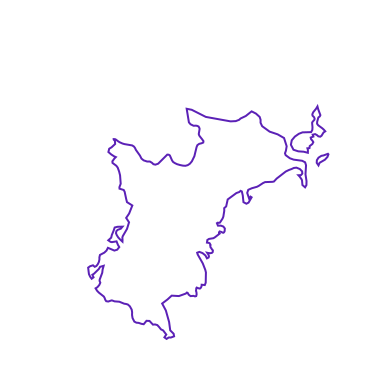 outline of Yamaguchi, rotated 303°
{"feature_id": "JPN-1826", "entity_name": "Yamaguchi", "entity_type": "Prefecture", "adm_level": 1, "iso_a3": "JPN", "parent_name": "Japan", "parent_adm1": "", "projection": "robinson", "projection_center": [131.623, 34.219], "detail": "fine", "context": "isolated", "style": "outline", "palette": "violet", "viewbox_px": 384, "rotation_deg": 303, "n_neighbors": 0, "source": "natural_earth", "source_scale": "10m", "svg_char_len": 4752}
<svg xmlns="http://www.w3.org/2000/svg" viewBox="0 0 384 384"><g transform="rotate(303 192 192)"><path d="M292.1,198.1L292.6,202.9L291.8,207.9L289.9,210.2L287.4,211.8L285.4,215.0L284.9,224.2L287.0,232.4L287.4,239.8L281.9,246.5L277.7,248.3L275.1,248.9L273.9,250.5L273.6,255.7L274.5,259.6L278.2,267.4L278.5,270.7L276.5,273.1L268.7,277.5L263.5,282.1L260.1,284.2L257.5,284.3L258.0,280.8L261.7,277.9L262.3,277.0L263.6,273.8L264.0,272.1L265.5,274.2L267.5,274.5L269.3,273.1L270.0,270.0L269.3,266.3L267.6,264.3L265.5,263.0L263.4,261.4L260.3,259.5L249.4,255.7L245.4,255.0L244.4,254.0L240.1,247.9L238.2,246.7L233.4,244.6L231.7,243.6L227.7,240.1L224.5,238.0L221.3,238.8L217.5,243.6L220.0,243.6L220.0,244.9L213.9,245.2L211.8,244.0L211.5,240.7L216.7,236.5L219.6,233.5L219.4,232.1L217.8,231.7L215.3,229.8L205.2,226.0L198.5,228.5L196.0,227.8L193.8,229.3L188.4,231.7L186.4,232.1L181.6,232.1L180.8,231.4L180.2,230.2L179.4,229.9L177.9,232.1L179.5,234.5L180.1,237.1L179.3,239.4L176.9,240.7L175.6,240.8L174.9,240.5L174.6,239.8L174.5,238.5L174.0,236.7L172.9,236.6L172.0,237.2L172.0,237.8L166.5,235.9L164.9,235.1L161.9,231.8L160.1,231.0L157.7,232.1L158.5,233.8L158.6,234.8L157.7,236.4L157.2,236.3L155.6,237.8L155.3,239.1L154.7,239.9L154.7,240.6L154.3,241.4L152.8,242.1L151.7,241.8L150.6,240.6L149.8,239.1L149.3,237.8L148.4,239.9L147.4,241.2L146.1,241.6L144.5,240.7L146.1,237.8L146.5,234.1L145.8,230.8L143.9,229.4L142.7,230.8L138.0,239.9L133.9,245.6L132.1,247.5L123.4,252.9L120.9,253.4L119.5,250.6L118.2,251.3L116.7,251.6L115.3,251.2L114.8,249.9L114.4,248.0L113.6,248.0L112.4,248.7L111.2,249.2L110.9,249.7L109.9,250.7L108.5,251.7L107.0,252.2L106.1,251.4L105.7,249.8L103.9,247.5L104.1,245.1L105.0,243.4L104.9,242.5L103.4,242.1L97.6,237.7L94.0,231.4L88.6,230.0L82.2,227.7L78.4,234.6L70.5,243.6L64.1,249.1L63.1,253.8L61.2,255.6L58.4,253.5L57.4,251.8L54.9,250.6L55.1,248.0L58.4,248.1L60.2,243.2L59.9,240.8L60.9,237.8L61.5,235.4L60.8,233.1L59.5,231.5L60.7,226.6L59.2,224.0L54.8,223.5L53.9,221.4L53.2,218.6L52.1,216.5L51.9,214.2L53.9,210.8L56.2,208.7L58.5,207.3L60.5,205.5L62.3,202.1L62.7,199.4L62.1,197.5L61.4,196.0L60.4,190.8L58.1,186.6L57.6,184.3L57.2,183.5L54.5,181.4L53.7,179.5L54.4,177.9L55.5,176.5L56.3,175.0L56.9,168.6L57.5,166.1L58.7,163.6L60.6,164.5L63.5,164.9L66.0,164.5L67.1,162.9L68.2,162.3L75.4,160.7L78.2,159.3L82.0,158.1L79.2,155.7L76.7,155.8L70.0,154.3L68.3,153.5L67.2,155.3L66.8,155.9L64.6,155.1L65.5,152.7L67.0,150.3L69.0,148.6L72.0,146.1L74.3,147.0L76.6,148.9L76.3,151.2L77.8,152.1L80.1,152.3L82.6,152.0L85.0,151.1L86.8,149.9L89.1,149.1L93.4,151.5L96.3,152.2L99.4,151.9L100.6,158.8L102.9,160.7L106.2,161.0L107.3,158.7L109.5,155.6L106.3,152.1L105.8,150.8L105.9,148.1L109.7,149.1L112.2,148.2L117.0,147.3L120.1,146.5L122.2,148.4L125.1,152.6L122.5,152.3L119.8,150.3L118.1,149.9L116.1,150.6L114.8,152.5L113.7,154.9L113.0,157.7L112.5,160.7L113.7,160.0L115.9,158.4L117.2,158.0L125.6,157.6L132.3,155.7L134.4,150.9L139.7,151.0L148.2,149.3L148.1,143.0L150.3,140.6L155.5,135.4L156.5,133.6L155.3,129.4L156.5,128.5L160.1,127.7L166.8,122.6L169.5,119.7L172.0,116.4L172.8,114.2L173.1,109.5L174.4,108.5L178.0,108.7L179.8,109.1L179.5,107.2L179.5,103.8L180.0,100.1L183.2,99.0L185.7,100.2L190.4,101.4L192.9,99.5L193.3,97.8L193.7,97.5L194.4,98.7L194.5,99.6L194.3,102.4L194.3,104.1L194.8,107.3L195.4,109.3L198.5,116.5L198.5,118.6L197.8,120.4L196.8,121.9L194.2,128.5L192.5,131.4L192.2,134.2L193.1,137.7L194.6,140.1L194.7,142.5L194.3,144.5L195.0,146.4L197.3,148.2L209.9,150.9L210.6,152.2L210.6,153.5L207.6,158.1L206.9,159.8L206.9,161.9L207.2,164.3L208.1,167.3L209.2,170.1L210.4,172.2L212.2,173.8L214.5,174.8L217.6,175.2L223.3,174.5L232.1,171.4L234.2,171.0L236.3,171.8L238.1,173.5L239.6,174.5L240.9,173.9L241.8,171.6L243.0,168.0L243.6,166.9L244.3,166.1L249.1,164.0L249.9,163.0L250.5,161.8L250.2,160.0L249.6,158.9L248.4,157.2L248.0,153.9L248.7,151.5L258.9,142.2L260.8,147.0L262.5,162.7L272.2,185.8L275.3,190.1L278.2,192.2L280.1,192.7L285.0,195.7L290.7,197.6L292.1,198.1ZM291.5,265.0L290.6,266.1L289.8,266.7L288.0,267.8L286.6,263.7L284.0,259.0L282.7,254.1L285.5,249.2L289.7,247.5L294.5,248.1L299.0,249.9L302.2,252.2L307.1,259.3L309.6,259.1L311.9,257.8L315.5,255.0L316.6,254.9L319.2,255.3L320.2,255.0L321.2,253.7L321.7,251.5L322.7,250.6L324.8,250.2L329.4,250.7L332.1,250.6L330.1,252.8L326.4,257.8L325.0,258.0L323.3,257.4L319.1,258.7L317.4,259.7L316.7,261.4L316.4,266.5L316.1,268.5L315.5,270.7L313.5,269.9L309.7,270.0L308.2,269.4L307.5,267.6L307.8,265.7L307.6,263.7L305.8,262.0L304.6,263.6L302.3,261.9L301.2,263.0L300.6,265.1L299.9,266.6L297.7,266.8L294.7,265.7L292.8,266.6L291.5,265.0ZM292.8,280.8L294.3,282.4L298.1,285.2L297.9,285.9L295.2,286.5L291.5,285.9L286.0,283.1L283.2,283.6L284.4,280.7L286.7,279.4L289.7,279.4L292.8,280.8Z" fill="none" stroke="#5b21b6" stroke-width="2"/></g></svg>